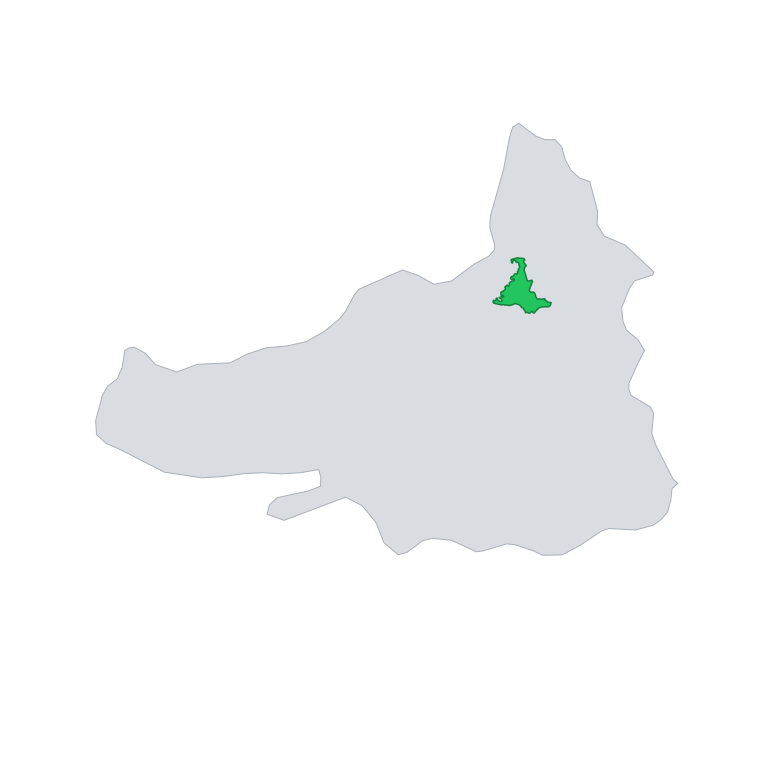 location of Tamayo, Bahoruco, Dominican Republic, rotated 164°
{"feature_id": "3306468B80057745223349", "entity_name": "Tamayo", "entity_type": "district", "adm_level": 2, "iso_a3": "DOM", "parent_name": "Dominican Republic", "parent_adm1": "Bahoruco", "projection": "natural_earth1", "projection_center": [-71.147, 18.477], "detail": "fine", "context": "in_parent", "style": "filled", "palette": "green", "viewbox_px": 768, "rotation_deg": 164, "n_neighbors": 0, "source": "geoboundaries", "source_scale": "gbopen_adm2", "svg_char_len": 7275}
<svg xmlns="http://www.w3.org/2000/svg" viewBox="0 0 768 768"><g transform="rotate(164 384 384)"><path d="M130.4,521.8L131.1,491.0L135.3,478.4L131.4,465.2L113.9,451.2L103.2,433.2L93.7,417.2L95.8,414.8L114.9,414.1L121.6,408.3L134.5,391.9L137.0,378.7L136.0,368.8L127.7,356.8L124.4,344.3L134.7,333.3L148.2,317.4L150.1,311.2L149.8,305.1L134.0,288.3L133.0,281.1L140.3,262.8L139.6,250.7L132.4,212.9L128.9,207.3L135.9,204.1L140.5,192.9L146.7,182.8L154.8,177.4L164.0,174.1L182.4,174.3L207.7,183.1L214.9,182.9L239.3,175.0L259.5,170.6L278.6,175.6L286.3,182.4L302.0,193.2L309.9,196.5L334.7,196.3L341.5,197.3L362.3,215.2L379.9,222.3L390.1,222.7L408.3,215.8L417.4,216.0L427.8,231.4L429.9,253.2L438.6,273.1L452.0,285.8L517.6,280.5L532.3,290.9L527.3,299.6L518.0,304.2L486.8,302.1L473.2,303.2L470.4,311.8L470.4,319.8L488.7,321.7L506.6,325.7L524.9,332.1L543.4,336.5L564.3,339.4L584.9,344.0L619.3,359.7L657.4,395.3L667.6,403.5L674.3,414.6L671.2,428.4L657.7,450.9L650.1,458.2L638.9,462.6L631.3,471.8L623.9,487.6L619.4,488.9L614.1,488.3L604.9,479.3L598.3,465.6L580.0,452.7L558.2,454.4L526.1,446.8L506.7,450.5L487.2,451.3L467.4,447.4L447.4,446.1L427.4,450.9L408.1,459.2L401.0,464.4L388.6,477.3L382.0,482.0L334.9,488.5L321.3,479.1L308.7,466.2L290.6,464.4L264.3,474.4L247.9,478.0L241.2,482.3L239.3,487.1L239.2,505.1L235.5,516.0L209.9,557.3L195.4,586.4L189.5,595.4L182.6,597.4L170.0,580.7L162.0,574.6L152.0,571.6L147.8,562.7L148.0,550.0L145.4,537.8L139.2,528.1L130.4,521.8Z" fill="#d9dde1" stroke="#a8b0b8" stroke-width="1"/><path d="M228.3,413.6L227.4,413.6L227.0,413.6L226.8,413.5L226.5,413.3L225.8,412.6L224.9,412.1L224.4,412.0L223.9,412.0L223.5,412.1L223.2,412.3L222.7,412.8L222.4,413.0L222.1,413.0L221.7,413.0L221.4,412.8L221.2,412.5L221.2,412.3L221.1,411.6L221.0,411.4L220.9,411.2L220.6,411.0L220.4,410.9L220.2,410.9L219.9,410.9L219.6,411.1L218.7,411.8L218.3,412.1L217.8,412.4L217.3,412.6L216.8,412.9L216.4,413.1L215.9,413.4L215.5,413.6L215.0,413.9L214.4,414.1L213.9,414.5L213.6,414.5L212.9,414.6L211.7,414.6L210.8,414.5L210.5,414.5L210.3,414.4L209.8,414.2L209.5,414.1L208.4,414.0L208.1,413.9L207.3,413.6L206.2,413.4L205.5,413.0L205.3,413.0L204.7,412.9L204.3,412.9L203.8,413.0L203.5,413.1L202.8,413.5L202.4,413.8L202.1,414.1L201.9,414.4L201.6,415.1L201.0,416.1L201.7,416.5L202.2,416.7L202.8,417.0L203.6,417.3L203.8,417.4L204.1,417.6L204.5,418.1L204.7,418.7L204.8,418.9L205.0,419.1L205.4,419.4L205.5,419.6L205.9,420.4L206.0,420.6L206.0,421.4L206.1,421.6L206.3,421.8L206.5,421.9L208.6,421.9L209.2,422.0L209.4,422.1L210.7,422.8L210.9,422.9L211.3,423.0L212.2,423.0L212.5,423.1L212.8,423.2L213.4,423.6L213.5,423.8L213.5,424.0L213.7,425.0L213.9,425.7L214.0,426.1L214.0,426.8L214.0,429.3L214.1,429.7L214.2,430.1L214.5,430.4L214.8,430.8L215.1,431.1L215.4,431.3L215.6,431.4L215.8,431.5L217.0,431.5L217.4,431.6L217.9,432.0L218.1,432.1L218.2,432.3L218.3,432.6L218.3,433.1L218.3,434.0L218.3,434.4L218.1,434.7L217.9,435.1L217.1,436.1L217.0,436.3L216.8,436.7L216.6,437.1L216.2,437.5L215.0,438.8L214.7,439.2L214.6,439.5L214.4,440.0L213.9,440.7L213.8,440.9L213.3,441.1L213.2,441.2L213.1,441.5L213.0,442.1L213.1,442.5L213.2,442.9L213.3,443.0L213.5,443.1L214.0,443.1L216.7,443.1L217.2,443.2L217.4,443.3L217.6,443.5L217.8,443.8L217.8,444.1L217.8,444.5L217.8,446.8L217.8,454.5L217.8,455.0L217.7,455.3L217.3,456.3L217.1,456.6L216.6,457.1L216.2,457.6L215.9,457.8L215.4,458.0L215.1,458.3L214.9,458.5L214.7,458.8L214.7,459.1L214.8,459.3L215.0,460.0L215.9,461.6L216.1,462.4L216.2,462.7L216.2,462.9L216.1,463.0L215.9,463.4L215.8,463.6L215.0,464.1L214.5,464.3L214.5,465.0L214.8,465.6L214.9,465.8L215.2,466.1L215.6,466.3L216.4,466.8L216.8,466.9L217.7,467.0L218.3,467.3L219.2,467.5L220.1,468.1L220.4,468.5L221.9,468.5L227.0,468.6L227.4,468.4L227.5,468.3L227.6,468.2L227.7,467.8L227.8,466.2L227.8,465.5L227.7,465.3L227.6,465.0L227.3,464.9L227.1,465.0L226.9,465.2L226.6,465.6L226.5,465.8L226.2,466.7L226.1,466.8L225.7,467.0L225.4,467.0L224.7,467.0L224.2,466.9L223.9,466.8L223.7,466.6L223.6,466.3L223.5,465.9L223.4,464.8L223.4,464.6L223.0,464.3L222.3,464.2L222.0,464.1L221.4,463.8L221.3,463.6L221.2,463.5L221.2,463.3L221.3,462.7L221.2,462.1L221.2,461.8L221.3,461.6L221.5,461.1L221.5,460.8L221.5,460.6L221.5,460.1L221.3,459.6L221.2,459.4L221.2,459.2L221.3,458.8L221.5,458.6L221.9,458.3L222.2,457.9L222.4,457.7L222.7,457.5L223.1,457.4L223.3,457.2L223.5,456.1L223.6,455.8L223.8,455.6L224.1,455.4L224.6,455.3L224.7,455.1L224.8,455.1L224.8,454.9L224.9,454.0L225.0,453.8L225.1,453.6L225.3,453.4L225.6,453.2L225.9,453.2L226.3,453.3L226.7,453.6L227.0,453.7L227.6,453.8L228.0,453.7L228.3,453.5L229.1,452.9L229.7,452.5L230.2,452.1L230.5,451.9L230.9,451.8L231.1,451.8L231.5,452.1L231.9,452.1L232.1,452.0L232.3,451.8L232.9,451.2L233.1,450.8L233.2,450.6L233.1,450.3L232.9,449.6L232.7,449.4L232.6,449.2L232.3,449.1L232.1,449.1L231.8,449.1L231.5,449.1L231.0,449.4L230.8,449.5L230.5,449.4L230.2,449.2L230.1,448.9L230.0,448.6L230.0,448.4L230.1,448.0L230.2,447.8L230.4,447.6L230.7,447.5L231.0,447.4L232.9,447.5L233.5,447.4L233.8,447.4L234.5,447.0L235.2,446.9L235.4,446.9L235.6,446.8L235.7,446.6L235.8,445.9L236.3,444.8L236.6,444.3L237.0,444.0L237.3,443.9L237.5,443.9L237.7,444.0L237.8,444.1L238.0,444.3L238.2,444.8L238.3,444.9L238.4,445.1L238.6,445.1L238.9,445.0L239.4,444.6L239.6,444.5L239.9,444.4L240.6,444.3L240.8,444.2L241.1,443.7L241.2,443.4L241.2,443.2L241.0,442.6L241.0,442.4L241.1,442.2L241.2,441.9L241.3,441.7L241.7,441.4L242.0,441.2L242.8,441.0L243.0,440.8L243.6,440.4L243.9,440.2L244.1,440.2L244.4,440.2L244.6,440.3L245.1,440.4L245.3,440.4L246.0,440.1L246.4,439.7L246.5,439.5L246.7,438.2L246.9,437.6L247.0,437.4L247.0,437.2L246.9,437.0L246.8,436.7L246.5,436.5L246.2,436.5L245.5,436.4L245.3,436.4L245.1,436.3L244.9,436.2L244.7,435.8L244.7,435.5L244.8,435.4L244.9,435.2L245.0,435.0L245.3,434.9L245.5,434.9L246.0,435.1L246.6,435.1L247.2,435.3L247.4,435.4L248.5,435.4L249.2,435.3L249.0,435.0L248.9,434.5L248.7,434.2L248.0,433.7L247.9,433.6L247.7,433.3L247.6,433.1L247.5,432.6L247.5,432.2L247.5,431.8L247.6,431.4L247.8,431.3L248.1,431.2L248.3,431.1L249.3,431.2L249.6,431.2L249.8,431.3L250.1,431.5L250.5,432.2L250.7,432.5L250.9,432.7L251.3,432.9L251.5,433.2L251.5,433.4L251.5,433.5L251.3,434.1L251.3,434.5L251.4,435.0L251.5,435.2L251.7,435.3L251.9,435.4L252.1,435.5L252.3,435.4L252.5,435.3L252.7,435.1L252.7,434.4L252.8,434.2L253.0,434.0L253.2,433.9L253.9,433.7L254.5,433.5L254.8,433.5L255.0,433.5L255.5,434.2L255.9,433.9L256.1,433.7L256.3,433.4L256.4,433.2L256.5,432.9L256.5,432.4L256.4,431.9L256.3,431.7L256.2,431.5L256.0,431.3L255.4,431.0L254.6,430.4L254.4,430.3L253.8,430.1L253.6,430.0L253.1,429.7L252.7,429.5L252.2,429.2L251.8,429.0L251.3,428.7L250.9,428.5L250.3,428.1L249.5,427.7L249.3,427.6L248.7,427.5L247.7,427.5L247.2,427.4L246.9,427.2L246.3,426.8L246.1,426.5L245.2,426.3L244.5,426.0L243.6,425.8L243.3,425.7L243.0,425.5L242.5,425.1L242.2,424.9L241.9,424.9L241.4,425.1L241.2,425.0L240.7,424.8L240.2,424.7L239.5,424.8L237.9,424.8L237.3,424.9L236.5,425.2L236.2,425.3L235.9,425.2L235.7,425.1L233.9,424.1L232.9,423.3L232.4,423.0L231.9,422.6L231.6,422.2L231.1,421.0L230.9,420.4L230.4,419.4L230.1,419.1L229.6,418.8L229.5,418.7L229.3,418.5L229.2,418.3L229.1,418.0L229.1,417.2L229.0,416.8L228.8,416.5L228.3,415.8L228.2,415.4L228.2,415.1L228.2,414.5L228.2,414.0L228.3,413.6Z" fill="#22c55e" stroke="#15803d" stroke-width="1.5"/></g></svg>